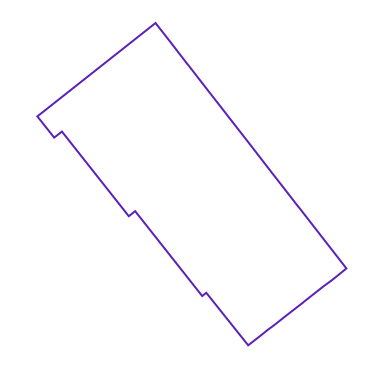 the district of Sioux, Nebraska, United States of America, rotated 142°
{"feature_id": "52423323B6299370365207", "entity_name": "Sioux", "entity_type": "district", "adm_level": 2, "iso_a3": "USA", "parent_name": "United States of America", "parent_adm1": "Nebraska", "projection": "albers", "projection_center": [-103.851, 42.502], "detail": "fine", "context": "isolated", "style": "outline", "palette": "violet", "viewbox_px": 384, "rotation_deg": 142, "n_neighbors": 0, "source": "geoboundaries", "source_scale": "gbopen_adm2", "svg_char_len": 657}
<svg xmlns="http://www.w3.org/2000/svg" viewBox="0 0 384 384"><g transform="rotate(142 192 192)"><path d="M117.2,157.7L117.2,157.8L117.2,158.0L117.0,192.5L116.9,267.8L116.9,270.3L116.8,295.1L116.9,296.2L116.8,305.4L116.8,306.5L116.8,309.2L116.7,320.4L116.7,324.8L116.7,341.3L116.7,343.0L116.7,347.6L267.3,346.8L267.1,319.7L257.3,319.7L256.7,211.8L248.6,211.9L248.0,103.7L242.8,103.8L242.1,36.6L241.9,36.6L225.9,36.6L225.7,36.6L216.3,36.7L208.5,36.5L194.3,36.6L171.8,36.5L171.4,36.6L146.6,36.7L137.1,36.4L131.5,36.4L117.4,36.7L117.2,113.3L117.3,114.7L117.2,145.8L117.2,150.8L117.2,151.8L117.2,157.7Z" fill="none" stroke="#5b21b6" stroke-width="2"/></g></svg>